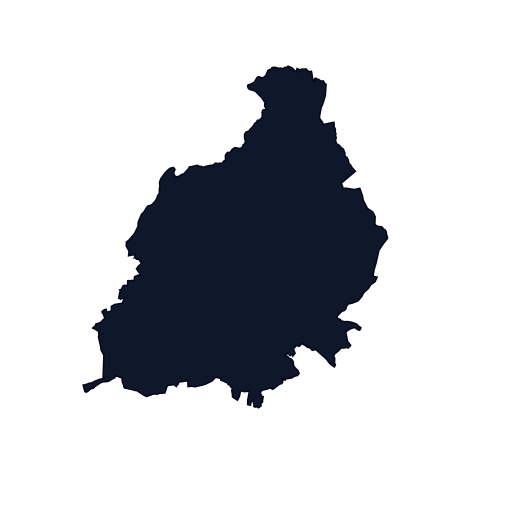 Brusturi, Bihor, Romania (Equal Earth projection), rotated 293°
{"feature_id": "2599482B67596025009849", "entity_name": "Brusturi", "entity_type": "district", "adm_level": 2, "iso_a3": "ROU", "parent_name": "Romania", "parent_adm1": "Bihor", "projection": "equal_earth", "projection_center": [22.262, 47.138], "detail": "fine", "context": "isolated", "style": "filled", "palette": "ink", "viewbox_px": 512, "rotation_deg": 293, "n_neighbors": 0, "source": "geoboundaries", "source_scale": "gbopen_adm2", "svg_char_len": 6121}
<svg xmlns="http://www.w3.org/2000/svg" viewBox="0 0 512 512"><g transform="rotate(293 256 256)"><path d="M441.3,253.5L442.1,251.3L443.5,249.6L442.4,247.4L443.1,244.3L442.8,243.3L443.0,241.4L442.1,240.7L441.1,240.9L439.9,241.8L438.9,241.0L441.6,238.7L447.2,235.3L447.7,234.5L446.3,233.0L447.1,230.3L447.8,229.1L445.8,225.0L444.5,223.4L444.6,220.5L441.1,221.2L443.3,215.6L443.3,211.9L442.9,211.0L440.6,210.5L441.3,209.5L441.0,209.0L438.7,207.3L438.8,205.6L437.7,203.6L437.0,199.3L435.8,197.2L433.6,196.7L432.2,194.9L431.5,194.5L425.9,194.5L422.9,192.8L422.4,191.8L422.1,188.4L421.6,187.7L420.5,187.2L415.6,186.6L412.2,184.0L410.6,182.0L409.7,181.7L407.7,182.9L407.0,184.2L406.8,185.1L407.3,188.4L407.4,191.0L403.7,199.9L401.5,202.9L401.4,204.2L400.8,205.1L399.9,204.4L397.4,205.4L396.0,207.0L395.6,208.6L394.1,207.1L393.8,206.1L393.0,205.3L390.6,205.4L389.6,206.2L385.7,207.5L382.3,205.8L381.4,204.2L379.3,204.2L377.8,203.1L374.8,202.7L370.4,201.1L368.2,200.7L366.3,198.4L363.4,197.9L359.7,199.6L357.6,201.5L354.5,201.7L353.6,200.7L351.1,200.9L348.8,199.5L347.5,194.1L345.7,193.1L345.3,192.5L341.7,191.8L340.8,190.9L340.3,189.4L338.5,188.7L336.7,188.5L332.4,190.4L330.6,189.1L328.2,188.7L327.6,186.9L326.3,184.9L325.6,182.2L323.8,181.5L322.1,180.1L322.1,179.3L318.6,174.3L317.3,173.2L316.9,172.2L317.3,171.1L316.4,169.0L316.6,167.3L316.2,165.8L315.3,165.2L315.0,164.2L313.1,161.9L312.4,160.3L311.6,159.8L309.7,159.7L303.2,157.3L302.0,155.6L299.8,154.4L298.5,152.9L297.8,151.6L298.0,150.1L299.3,148.4L301.3,147.6L303.8,147.7L304.8,146.7L305.1,144.9L302.9,142.3L297.3,139.8L290.0,138.2L287.2,138.3L285.6,138.6L282.4,140.4L280.9,140.5L276.0,142.5L272.7,141.8L271.4,142.2L270.0,142.1L266.9,141.7L263.1,140.3L262.0,139.7L259.7,136.9L257.3,136.2L253.0,135.7L249.7,134.3L241.8,134.3L239.3,134.9L238.5,135.5L236.3,135.8L228.9,135.3L220.8,132.7L218.2,131.2L214.4,132.7L211.8,136.1L210.4,137.4L206.4,138.6L210.1,144.0L209.1,143.9L208.4,144.9L207.4,144.7L207.9,145.2L207.0,145.4L206.4,147.2L206.7,148.4L207.4,148.9L204.9,152.9L204.3,153.3L203.6,153.1L200.8,151.7L197.6,150.9L195.4,154.0L195.1,155.2L193.5,156.9L192.2,154.8L189.6,152.3L186.2,153.2L185.5,153.0L184.9,151.0L183.6,149.1L183.6,148.2L183.2,147.6L178.4,149.2L177.5,146.1L176.6,145.3L172.6,145.1L171.6,143.7L170.9,144.8L169.5,144.8L163.5,146.1L163.7,147.5L163.2,148.1L166.5,151.0L160.3,151.4L156.2,144.9L153.1,142.5L148.8,144.4L145.9,140.3L148.4,139.0L147.4,137.5L145.9,136.5L144.7,136.0L143.5,136.8L144.0,137.4L142.4,138.5L139.6,141.3L137.2,140.0L134.1,138.9L131.8,136.5L131.2,135.3L128.9,135.3L125.9,133.8L125.7,134.1L125.9,135.7L125.1,140.6L120.6,142.8L120.4,142.5L119.7,142.8L111.3,148.8L109.0,150.0L105.2,154.7L83.7,163.0L82.5,162.0L81.7,160.6L78.1,156.9L74.9,154.3L73.8,152.3L71.6,150.1L69.6,147.3L64.5,151.4L65.0,151.8L64.2,152.9L66.1,154.3L70.4,156.5L70.1,157.2L71.2,158.2L73.2,158.5L73.5,159.4L74.4,159.2L75.9,160.1L75.6,160.7L77.0,161.3L78.7,162.6L80.5,164.6L82.4,168.3L84.0,170.0L87.5,172.4L88.7,173.7L90.3,173.0L91.1,175.4L91.2,178.5L91.6,180.0L87.6,182.4L84.7,185.4L83.9,185.4L83.2,186.7L83.3,187.8L84.0,189.8L83.9,191.0L84.5,193.0L85.0,197.5L85.5,199.0L84.0,207.5L83.9,210.2L88.3,214.9L89.8,217.3L89.9,218.4L90.4,219.4L91.3,220.1L92.2,221.4L94.2,225.6L102.1,225.0L105.7,231.0L104.9,232.6L104.8,233.6L105.7,233.2L106.7,234.1L108.1,234.5L108.6,234.0L109.6,234.0L114.5,242.0L109.2,244.4L110.9,247.5L112.0,251.5L112.5,251.7L113.7,253.7L118.0,259.3L123.8,264.4L128.1,266.0L128.8,267.3L129.6,271.7L128.1,272.0L127.9,272.6L128.1,274.6L127.9,279.8L126.9,280.5L126.8,282.3L125.5,284.1L125.7,284.9L124.9,285.8L122.3,286.4L119.6,288.3L117.1,289.4L116.0,295.3L120.4,295.6L124.1,294.8L126.3,294.7L126.2,295.8L126.5,298.3L129.0,302.7L120.0,304.7L115.9,306.4L116.4,309.2L120.5,308.4L121.1,310.2L119.3,311.4L119.0,312.1L116.7,312.7L116.5,314.2L118.0,314.9L117.2,316.3L117.7,316.7L117.3,317.7L119.9,319.2L122.2,318.2L123.3,318.3L123.6,319.0L124.4,319.0L125.9,318.3L127.3,318.1L127.1,317.4L128.3,317.4L128.9,317.8L129.3,317.7L129.3,317.0L128.9,316.1L130.1,315.4L129.9,314.4L131.8,313.8L132.8,313.0L135.6,314.9L136.9,317.1L139.5,320.0L140.5,321.8L139.6,323.1L141.0,324.3L147.1,327.7L148.5,329.4L149.1,329.7L149.8,329.9L153.4,328.6L153.6,329.3L152.8,329.4L153.1,331.3L154.7,331.1L154.8,332.0L158.1,337.0L159.2,337.4L161.5,339.7L162.0,340.8L164.8,341.6L167.3,338.8L167.4,337.9L168.9,334.8L170.3,333.1L172.9,331.8L174.3,330.3L174.1,330.0L175.1,328.2L174.7,326.8L175.9,324.4L175.7,321.8L176.2,321.5L177.8,322.9L179.8,322.6L179.7,323.2L178.4,324.4L177.6,326.3L179.6,327.3L178.1,329.0L181.8,330.0L185.0,326.7L188.9,328.1L189.7,328.8L189.6,330.9L191.3,331.8L193.1,332.1L193.0,335.5L192.1,339.2L192.6,341.4L191.1,344.6L193.2,347.5L188.6,361.2L186.4,364.8L185.3,367.4L184.5,371.5L187.0,371.6L187.5,370.7L188.5,370.0L192.7,368.4L193.8,366.8L196.5,366.6L201.2,369.1L204.7,370.2L204.8,371.1L207.1,375.2L207.4,376.9L210.7,378.1L213.3,373.6L220.1,369.0L221.4,368.6L223.6,369.7L225.6,371.2L228.2,373.9L228.7,375.5L227.9,378.3L228.1,380.3L229.7,380.8L231.2,380.4L231.2,378.9L232.7,375.2L232.4,369.8L231.2,365.2L230.3,363.9L229.6,359.9L230.5,358.5L230.6,355.9L230.9,354.5L232.2,354.3L233.7,354.7L238.6,356.7L240.3,358.6L242.4,359.4L244.5,359.0L246.7,359.3L248.0,359.9L250.1,362.9L254.6,367.5L260.6,369.3L263.1,369.3L265.7,370.1L270.1,372.2L274.1,372.8L279.1,375.7L283.9,375.8L283.2,372.4L283.6,371.5L289.8,370.0L296.2,369.3L309.2,366.9L316.2,368.2L323.6,370.2L325.1,369.4L326.4,368.0L329.4,366.3L330.7,364.1L330.3,363.1L331.6,361.5L332.1,360.1L331.7,359.5L330.9,356.3L331.1,354.3L332.0,352.9L338.8,350.3L342.2,346.3L343.4,339.9L349.3,332.9L353.2,330.3L358.9,325.1L355.6,320.5L353.4,311.7L352.0,309.8L352.7,309.5L356.4,306.1L372.8,314.4L374.9,309.9L376.8,307.4L377.5,305.5L380.6,303.2L382.2,301.4L382.5,299.4L383.8,298.2L385.9,297.4L387.1,295.8L388.3,295.1L389.0,293.4L388.8,292.1L389.8,290.9L390.6,288.9L390.8,286.7L391.1,285.9L393.9,283.9L396.1,283.7L398.2,282.1L399.7,281.9L401.6,280.1L403.4,279.8L406.0,277.0L407.8,276.6L409.6,275.4L403.3,266.5L405.1,265.0L407.4,260.9L409.5,259.9L418.6,257.9L421.0,258.2L430.9,257.1L441.3,253.5Z" fill="#0f172a" stroke="#020617" stroke-width="1.5"/></g></svg>